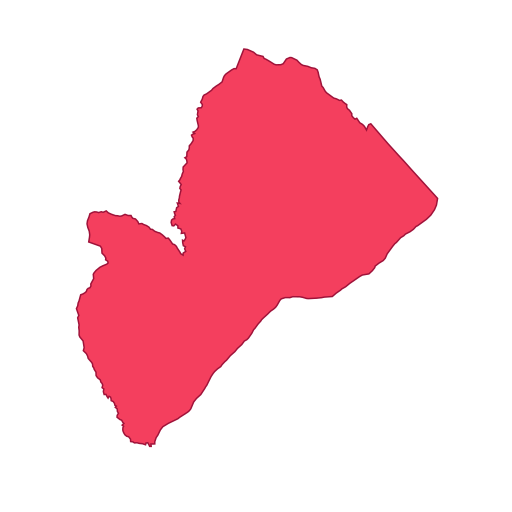 outline of Araguacema, Tocantins, Brazil, rotated 188°
{"feature_id": "56859067B99169235597900", "entity_name": "Araguacema", "entity_type": "district", "adm_level": 2, "iso_a3": "BRA", "parent_name": "Brazil", "parent_adm1": "Tocantins", "projection": "mercator", "projection_center": [-49.438, -8.91], "detail": "fine", "context": "isolated", "style": "filled", "palette": "rose", "viewbox_px": 512, "rotation_deg": 188, "n_neighbors": 0, "source": "geoboundaries", "source_scale": "gbopen_adm2", "svg_char_len": 5017}
<svg xmlns="http://www.w3.org/2000/svg" viewBox="0 0 512 512"><g transform="rotate(188 256 256)"><path d="M285.5,125.0L283.7,130.4L282.1,133.8L280.9,135.8L278.3,139.0L275.5,141.6L274.5,143.7L272.2,147.0L270.7,148.7L267.6,153.7L263.6,158.4L261.5,161.9L257.8,166.3L255.7,170.2L253.5,171.8L252.1,173.6L249.4,178.9L248.1,182.7L247.0,184.2L244.8,188.4L243.7,190.1L242.3,192.1L241.6,193.7L239.9,195.9L236.4,200.1L234.7,202.4L233.7,203.6L231.4,205.7L230.3,206.9L229.3,208.2L228.2,210.3L226.2,215.4L225.0,217.1L221.2,218.9L216.6,219.5L214.0,220.8L207.0,221.7L204.1,221.6L200.0,221.0L198.2,221.1L190.1,222.7L185.2,223.9L182.7,224.8L174.8,226.5L171.4,230.4L167.5,234.0L166.5,235.3L163.0,238.0L159.3,242.0L150.4,250.2L148.0,252.0L141.7,254.0L138.7,257.7L136.8,261.0L136.6,262.6L133.2,266.1L129.4,269.2L127.7,271.8L126.4,276.4L121.9,284.8L120.2,287.6L118.9,288.9L115.3,294.3L112.5,296.6L111.1,298.5L106.8,301.5L103.8,304.4L101.6,307.6L100.3,308.4L92.4,316.0L88.6,320.8L85.7,326.7L84.4,331.5L84.2,338.3L110.4,360.1L112.1,361.5L123.2,370.9L129.6,376.1L132.8,378.8L141.2,385.8L160.7,402.9L162.6,401.8L163.4,399.5L164.1,396.1L166.7,399.5L168.8,401.1L171.8,402.4L175.4,406.4L177.0,405.3L179.0,406.6L180.7,408.3L180.9,410.2L183.7,413.3L185.9,414.6L186.9,416.0L187.2,418.6L188.8,419.3L191.1,420.7L193.1,422.3L195.1,421.7L196.6,422.3L198.7,422.9L201.0,423.2L208.8,427.4L210.4,428.8L213.0,432.2L214.5,433.4L217.1,440.0L218.4,442.1L219.2,444.2L220.0,446.5L221.3,448.9L223.8,450.0L227.4,450.1L231.1,451.0L235.9,451.3L237.9,452.0L240.4,453.7L242.7,455.6L248.3,457.4L250.0,457.3L253.3,455.3L255.8,450.2L258.0,448.9L262.7,448.1L264.6,448.4L270.4,451.0L273.7,452.3L275.4,452.7L276.8,454.6L283.4,455.3L286.8,457.5L293.2,459.3L296.8,459.3L301.7,438.7L303.8,438.5L306.0,436.9L309.9,433.2L311.4,431.7L312.5,429.8L313.0,428.2L313.8,423.7L316.5,420.9L319.1,418.7L321.9,415.9L323.1,413.9L327.6,409.6L329.8,408.2L330.7,406.6L331.1,403.7L332.2,400.6L330.2,398.5L330.1,396.8L330.8,395.2L333.8,394.6L334.8,393.2L333.6,391.6L333.7,387.8L332.5,386.0L333.8,384.2L333.1,381.9L332.1,379.3L331.2,377.0L331.0,375.4L332.2,372.8L333.7,371.0L335.6,369.9L333.8,368.7L335.5,367.9L336.7,366.7L335.8,365.1L334.6,363.9L334.3,361.6L335.8,358.3L337.4,355.8L337.1,353.6L337.3,351.7L338.8,349.3L338.4,344.7L340.1,343.4L338.4,342.2L337.7,340.5L337.2,338.7L340.5,334.0L340.3,331.4L339.7,329.6L340.5,326.8L340.7,324.4L341.6,322.4L342.0,320.8L343.0,319.2L341.7,318.0L340.0,316.4L340.7,314.3L340.8,312.3L339.4,311.0L339.7,308.7L340.1,304.6L340.0,302.9L340.3,300.6L339.9,298.6L338.6,297.5L341.3,297.5L339.7,294.3L341.3,292.8L341.6,288.9L343.2,288.4L342.4,286.5L341.5,285.1L342.5,283.5L341.7,281.7L343.5,281.1L344.6,279.8L344.7,277.4L343.3,274.4L341.6,274.4L340.1,276.4L337.6,275.1L337.2,272.8L334.3,272.4L333.0,270.3L333.1,268.0L329.9,268.9L328.0,264.4L328.5,262.7L329.4,260.9L330.9,261.4L330.5,259.2L329.4,256.1L327.1,255.3L327.7,253.2L326.2,250.8L328.5,248.8L328.3,246.7L330.9,247.8L331.9,249.3L333.6,251.2L335.1,252.9L336.2,254.5L338.2,255.9L340.3,256.3L343.1,259.4L345.3,261.5L347.8,260.9L348.9,262.0L351.7,263.9L354.5,265.4L356.6,265.6L359.8,266.4L362.3,267.9L364.2,267.8L365.9,269.6L368.7,270.9L371.6,271.5L373.5,272.3L376.5,271.5L377.8,273.6L380.5,275.9L383.3,276.2L384.5,277.4L385.4,278.7L388.4,278.3L391.5,279.0L394.7,276.9L396.4,276.4L398.8,276.6L400.8,276.4L403.4,276.9L405.3,277.3L408.3,278.2L410.6,279.8L413.5,278.0L415.4,278.3L417.8,277.1L420.0,277.4L421.9,277.3L423.4,276.7L426.3,274.8L426.8,271.5L427.8,267.4L427.8,264.3L426.5,260.8L424.6,257.4L423.6,253.8L423.5,251.3L423.6,246.6L411.5,244.1L409.8,242.0L408.9,237.4L405.9,235.1L404.4,233.0L404.4,231.3L402.1,230.2L401.5,228.5L402.7,227.1L406.3,225.0L409.0,223.1L412.3,219.5L414.0,216.8L414.6,215.2L413.6,211.0L415.7,205.3L415.3,203.3L416.0,201.5L417.7,200.6L418.7,199.3L419.1,197.2L420.4,195.7L422.0,194.4L424.2,193.2L425.0,186.8L425.6,184.7L425.6,181.9L426.5,178.9L423.2,172.5L424.0,170.0L422.5,165.7L421.6,163.2L421.6,160.7L420.7,157.3L420.2,153.1L419.2,151.3L415.4,147.8L413.4,141.3L413.8,138.2L410.4,135.7L408.9,133.6L407.9,131.2L404.0,127.8L402.9,126.4L402.3,123.9L401.1,122.7L400.5,121.3L399.4,120.0L398.3,118.7L397.7,115.3L395.9,113.3L393.0,111.7L392.1,109.6L390.7,108.4L389.8,106.8L390.1,104.2L388.2,103.2L388.3,100.5L387.1,97.7L385.3,98.1L384.1,96.3L382.7,94.7L382.0,96.6L380.5,96.1L379.7,94.6L379.3,92.6L377.1,92.0L375.6,90.3L375.0,88.6L373.4,87.9L374.3,86.6L372.2,85.3L371.6,82.7L370.3,81.2L371.3,78.9L371.2,77.0L367.9,75.1L366.2,74.7L364.8,72.8L363.5,71.8L365.0,69.9L363.4,69.0L363.9,67.5L363.7,65.2L363.1,63.7L362.0,62.0L360.8,60.6L358.9,59.5L357.0,59.3L354.8,57.2L354.3,54.8L352.0,54.8L350.4,54.0L347.8,54.5L345.6,54.2L342.1,54.3L339.1,53.7L338.9,55.5L337.2,56.0L335.9,54.3L334.8,52.7L333.3,52.9L333.9,55.2L330.1,55.8L330.4,58.0L329.6,62.3L328.3,64.9L326.5,70.5L324.5,74.0L319.5,78.1L310.7,84.0L309.2,85.6L301.9,91.9L300.5,93.5L299.3,95.6L297.4,102.8L295.1,106.7L291.4,111.1L290.1,113.9L288.3,117.7L287.6,119.6L286.8,121.0L285.5,125.0Z" fill="#f43f5e" stroke="#9f1239" stroke-width="1.5"/></g></svg>